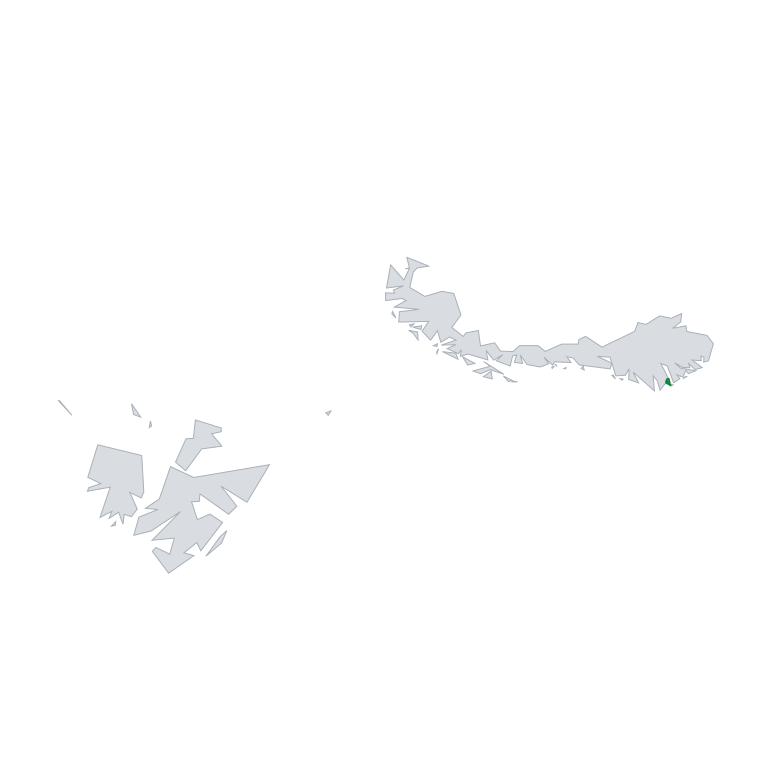 location of Fjaler nor, Sogn og Fjordane, Norway, rotated 244°
{"feature_id": "86288312B14759313964595", "entity_name": "Fjaler nor", "entity_type": "district", "adm_level": 2, "iso_a3": "NOR", "parent_name": "Norway", "parent_adm1": "Sogn og Fjordane", "projection": "mercator", "projection_center": [5.23, 61.279], "detail": "fine", "context": "in_parent", "style": "filled", "palette": "green", "viewbox_px": 768, "rotation_deg": 244, "n_neighbors": 0, "source": "geoboundaries", "source_scale": "gbopen_adm2", "svg_char_len": 5558}
<svg xmlns="http://www.w3.org/2000/svg" viewBox="0 0 768 768"><g transform="rotate(244 384 384)"><path d="M405.1,469.7L392.0,476.0L394.0,480.2L390.7,492.2L375.9,487.4L372.5,501.5L362.5,503.1L356.6,514.1L359.1,522.6L350.9,539.3L342.6,543.2L342.0,561.1L334.7,576.1L338.5,578.6L338.4,586.1L321.6,596.1L321.4,632.3L327.9,639.2L322.7,645.6L324.4,661.7L317.2,670.8L316.9,682.4L309.7,677.9L307.6,667.8L303.9,680.9L298.4,679.2L286.1,695.6L275.8,697.7L262.6,685.8L263.5,680.9L267.8,683.3L270.1,681.1L265.9,679.4L270.5,671.4L259.2,677.2L260.7,669.9L268.8,666.9L264.5,666.1L268.1,659.5L275.7,654.5L268.3,657.5L259.3,670.0L259.9,662.1L264.1,661.5L259.2,655.7L263.8,651.3L259.1,652.3L258.1,644.9L276.1,646.5L281.1,641.8L259.0,642.2L261.0,636.7L257.4,629.4L267.0,631.1L273.4,629.5L259.3,624.0L285.5,613.1L273.4,613.3L280.8,605.9L290.1,610.9L286.0,604.7L289.7,596.0L309.1,598.8L315.3,588.0L302.8,597.8L298.5,593.9L315.5,567.9L324.6,565.3L328.2,560.3L321.3,561.5L329.2,547.0L327.0,543.9L338.1,539.5L330.0,541.0L330.8,531.9L338.8,521.1L350.3,519.2L341.7,517.6L346.3,510.6L351.9,515.9L352.8,511.9L344.9,505.2L355.6,495.2L358.3,503.5L357.3,493.1L369.3,490.5L360.1,487.9L374.1,472.6L375.5,464.7L380.9,468.6L378.7,464.2L388.2,456.2L387.8,465.9L393.8,452.6L391.9,468.0L397.5,463.5L396.5,453.4L408.5,455.4L403.0,445.1L414.8,441.4L420.7,451.6L433.2,424.4L442.2,429.6L435.7,448.3L448.6,427.0L449.3,440.4L452.9,437.8L458.3,422.1L465.3,425.3L461.0,433.3L464.3,433.6L463.6,444.7L469.2,428.3L488.1,442.2L468.8,447.4L476.9,457.7L487.8,460.1L470.4,475.9L473.7,464.7L472.0,459.6L459.6,449.5L444.8,459.1L441.9,476.7L434.8,486.4L412.3,483.4L405.1,469.7ZM357.7,92.8L371.8,105.4L370.3,125.7L376.8,115.1L379.2,131.7L403.3,155.9L383.4,172.0L361.7,245.7L337.8,209.0L363.6,192.8L338.6,198.1L335.0,187.3L365.9,170.4L359.5,166.5L362.5,159.4L343.9,156.8L343.4,170.5L330.3,178.2L314.4,146.3L323.6,146.2L319.9,130.2L313.1,137.9L308.4,107.5L335.1,102.4L337.1,107.3L325.0,116.8L337.4,128.0L345.2,107.1L358.6,145.1L354.0,110.0L357.7,92.8ZM388.6,70.3L411.3,92.8L417.6,70.5L420.3,73.1L418.6,85.7L430.0,76.9L454.8,100.1L425.9,134.9L392.1,120.7L388.1,115.8L397.9,108.0L379.7,107.4L375.5,98.9L380.8,93.4L372.5,88.0L385.1,89.3L383.7,78.1L388.8,83.6L388.6,70.3ZM405.2,162.4L421.6,182.1L418.6,188.8L434.4,198.7L415.8,218.4L412.5,216.8L414.8,207.2L399.2,211.0L405.6,191.7L393.0,167.7L405.2,162.4ZM353.4,487.2L360.4,483.4L340.1,496.1L350.3,485.9L350.9,475.4L356.7,469.7L353.4,487.2ZM364.4,467.5L373.9,466.6L362.7,474.7L364.4,467.5ZM373.8,461.4L387.5,450.7L380.2,462.0L373.8,461.4ZM307.3,148.5L318.5,169.5L321.1,178.5L312.3,168.3L307.3,148.5ZM347.0,476.5L348.6,485.9L341.1,483.6L347.0,476.5ZM421.5,429.6L416.0,437.0L408.6,433.9L417.2,432.4L421.5,429.6ZM422.4,434.9L419.9,443.4L416.8,441.1L422.4,434.9ZM331.6,496.9L338.8,494.8L331.0,500.8L331.6,496.9ZM511.1,85.1L492.7,89.8L511.7,84.1L511.1,85.1ZM466.4,145.5L476.9,148.4L460.9,150.8L466.4,145.5ZM438.1,423.7L443.6,421.8L445.4,423.5L438.1,423.7ZM426.0,432.7L424.9,437.3L423.4,433.4L426.0,432.7ZM396.8,445.2L396.7,449.7L394.6,448.1L396.8,445.2ZM383.7,319.1L383.0,324.5L380.3,320.1L383.7,319.1ZM453.1,157.8L448.2,156.8L447.7,153.9L453.1,157.8ZM311.4,567.9L312.8,570.8L308.9,570.1L311.4,567.9ZM387.4,444.2L390.2,445.9L391.7,448.5L387.4,444.2ZM375.8,76.7L377.9,82.6L374.7,80.4L375.8,76.7ZM291.6,594.0L287.2,594.3L291.8,592.6L291.6,594.0ZM285.3,598.6L283.6,601.0L282.9,599.7L285.3,598.6ZM329.8,501.7L327.4,504.9L330.0,499.5L329.8,501.7ZM258.5,656.7L258.0,660.1L257.7,655.7L258.5,656.7ZM325.2,544.5L324.2,542.0L325.6,542.2L325.2,544.5ZM478.1,453.6L477.5,457.2L477.3,456.5L478.1,453.6ZM326.4,546.8L323.9,547.4L327.0,546.2L326.4,546.8ZM319.0,552.4L319.2,554.8L318.0,554.0L319.0,552.4ZM257.3,642.0L256.3,644.1L256.5,642.4L257.3,642.0Z" fill="#d9dde1" stroke="#a8b0b8" stroke-width="1"/><path d="M262.8,638.7L262.7,638.8L262.3,638.8L262.2,638.7L262.2,638.8L261.9,638.8L261.9,638.7L261.7,638.8L261.6,638.7L261.6,638.8L261.4,638.9L261.3,639.0L261.2,639.1L260.9,639.2L260.7,639.0L260.7,639.3L260.8,639.4L260.9,639.5L261.0,639.5L260.9,639.5L261.0,639.6L261.2,639.8L261.0,639.7L260.9,639.6L260.7,639.5L260.7,639.4L260.5,639.2L260.4,639.2L260.1,639.2L260.0,639.3L259.8,639.3L259.8,639.5L260.0,639.6L259.9,639.6L259.8,639.8L260.0,639.9L260.0,640.0L259.8,640.1L259.7,640.0L259.4,640.0L259.4,639.9L259.2,639.8L259.2,640.0L259.3,640.1L259.2,640.2L258.9,640.2L259.0,640.2L258.9,640.2L258.7,640.1L258.4,640.1L258.3,640.3L258.5,640.2L258.5,640.3L258.4,640.3L258.2,640.3L257.8,640.4L257.9,640.5L257.8,640.8L257.9,641.0L257.8,640.9L257.7,640.9L257.6,641.0L257.8,641.2L258.0,641.1L257.9,641.1L258.0,641.0L258.1,640.9L258.1,640.7L258.3,640.7L258.2,640.8L258.3,640.9L258.2,641.0L258.5,641.1L258.8,641.0L258.8,640.9L258.8,640.6L259.0,640.5L259.3,640.7L259.4,640.8L259.5,640.9L259.7,640.7L259.9,640.7L260.0,640.6L260.4,640.5L260.3,640.8L260.6,641.0L260.8,641.2L260.8,641.3L261.0,641.3L261.2,641.1L261.3,641.2L261.4,641.3L261.5,641.4L261.6,641.7L261.7,641.8L261.8,641.8L262.1,641.8L262.4,641.9L262.9,642.1L263.0,642.2L263.3,642.3L263.4,642.2L263.5,642.3L263.7,642.2L263.7,641.8L263.8,641.8L263.8,641.7L264.0,641.5L264.2,641.4L264.3,641.3L264.3,641.2L264.5,641.1L264.4,640.8L264.1,640.7L264.2,640.4L263.9,640.3L263.8,640.2L263.7,640.0L263.6,639.9L263.5,639.7L263.4,639.8L263.3,639.7L263.0,639.7L262.9,639.4L263.0,639.3L262.9,639.2L263.0,639.0L263.0,638.9L262.9,638.8L263.0,638.9L262.9,638.9L262.8,638.7ZM257.7,640.6L257.5,640.8L257.8,640.8L257.8,640.7L257.7,640.6L257.7,640.6ZM261.0,638.9L260.9,638.9L260.9,639.0L261.1,639.1L261.0,638.9Z" fill="#22c55e" stroke="#15803d" stroke-width="1.5"/></g></svg>